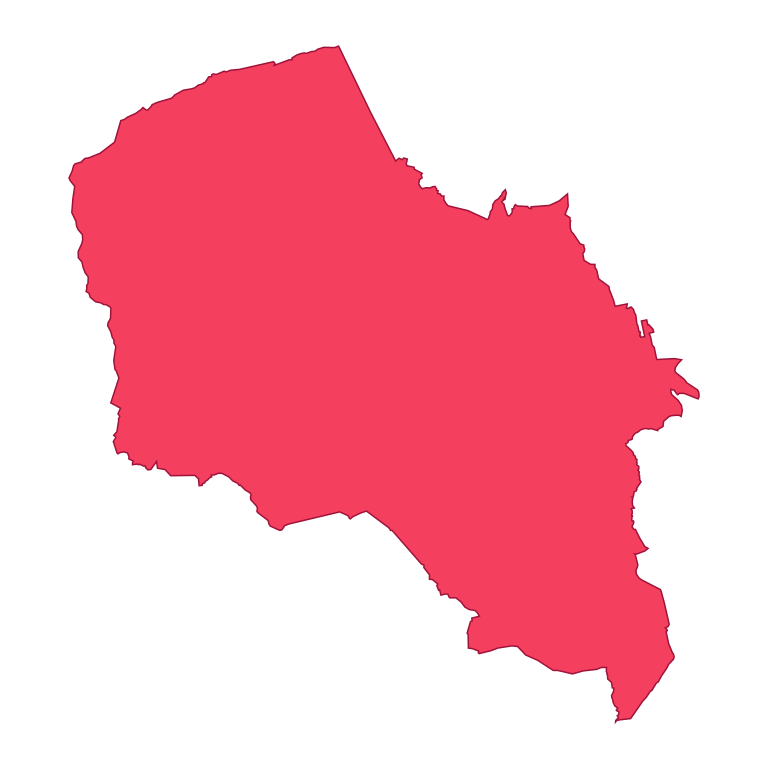 outline of Barsanesti, Bacau, Romania
{"feature_id": "2599482B96332922665264", "entity_name": "Barsanesti", "entity_type": "district", "adm_level": 2, "iso_a3": "ROU", "parent_name": "Romania", "parent_adm1": "Bacau", "projection": "albers", "projection_center": [26.7, 46.331], "detail": "fine", "context": "isolated", "style": "filled", "palette": "rose", "viewbox_px": 768, "rotation_deg": 0, "n_neighbors": 0, "source": "geoboundaries", "source_scale": "gbopen_adm2", "svg_char_len": 6068}
<svg xmlns="http://www.w3.org/2000/svg" viewBox="0 0 768 768"><path d="M615.6,721.9L616.7,720.5L619.4,719.9L630.6,718.6L642.9,700.9L646.5,697.0L650.6,690.8L651.7,690.7L656.2,683.3L658.3,681.8L661.5,675.9L666.7,668.3L668.6,664.4L673.5,659.2L674.1,656.9L673.5,654.2L672.3,652.5L668.6,643.5L666.1,631.5L667.3,630.7L666.9,629.4L665.3,627.9L668.1,626.5L669.2,624.3L664.5,603.7L661.0,590.8L660.3,589.5L641.4,579.8L638.9,577.9L636.3,574.0L636.0,570.3L637.5,566.7L637.8,564.8L635.3,554.6L634.7,554.0L636.9,554.0L645.0,550.9L648.1,548.4L644.8,546.7L639.4,537.5L635.4,529.4L633.9,529.4L632.0,526.7L633.8,522.7L633.5,520.9L632.1,521.0L631.8,519.8L631.9,517.1L632.4,516.5L632.3,515.7L631.7,515.5L631.7,514.2L632.3,513.6L632.2,510.8L631.1,508.8L634.4,508.0L632.7,505.7L632.2,502.2L632.7,498.4L632.1,497.5L632.8,497.7L633.5,495.9L634.0,492.1L636.2,490.9L636.9,489.2L636.4,488.6L641.0,481.9L639.5,479.6L639.9,478.9L639.5,477.9L639.6,475.5L638.9,474.8L639.3,472.0L637.8,469.8L638.8,469.1L638.8,466.4L636.6,464.7L637.1,463.1L636.7,461.6L637.0,459.5L635.7,458.7L635.3,456.3L633.2,454.3L633.4,453.1L631.7,450.8L626.0,445.6L625.8,443.7L628.0,442.5L628.3,440.5L632.0,439.4L632.7,436.2L635.3,433.2L638.0,432.0L640.7,429.8L644.9,428.4L649.4,429.1L650.9,428.5L657.7,430.6L657.8,429.5L663.0,426.5L663.6,421.3L669.0,416.6L671.5,415.7L676.8,415.2L679.4,415.4L681.1,416.5L682.3,410.6L681.4,405.3L678.1,400.3L671.9,394.8L670.9,391.9L670.8,389.3L674.2,390.3L677.2,394.5L678.0,394.6L679.3,393.3L684.1,393.4L698.1,398.9L699.0,396.9L699.0,394.0L698.5,391.7L697.5,389.9L686.9,382.9L683.9,379.0L676.0,372.8L674.8,370.9L675.5,367.3L677.7,363.9L681.6,359.8L674.6,358.6L656.7,359.5L654.2,347.3L652.2,345.0L650.7,337.3L649.2,333.3L653.7,332.1L653.0,329.2L648.8,324.7L647.9,325.0L646.7,319.9L641.4,321.0L644.7,336.6L640.8,337.3L640.6,335.9L639.8,336.0L639.8,334.1L640.4,333.8L640.0,331.7L639.2,331.8L638.9,331.0L637.7,325.4L636.9,324.0L635.8,315.1L634.3,312.3L633.4,309.3L631.1,307.0L629.3,307.6L629.0,308.4L626.4,308.3L627.3,303.9L615.1,306.3L613.7,300.7L609.4,289.5L608.9,286.5L598.7,278.9L596.8,270.5L594.5,266.4L595.1,265.7L594.9,264.4L590.5,264.3L584.1,260.4L582.9,254.2L583.0,253.1L584.2,251.8L584.7,249.1L583.8,246.8L583.9,245.2L580.0,243.7L574.0,234.6L571.3,231.4L570.2,227.5L570.2,221.9L570.7,221.1L569.9,219.2L570.0,217.7L565.1,214.5L568.2,206.3L567.5,193.9L559.3,200.8L549.5,205.4L531.1,206.8L531.2,208.6L528.6,207.9L527.6,206.5L517.2,206.0L515.4,204.6L514.1,206.3L513.5,208.8L512.1,208.8L512.2,211.6L511.9,212.9L509.5,215.9L507.6,215.5L505.1,208.8L503.9,204.0L501.9,202.4L501.9,201.5L503.8,200.0L503.5,199.2L504.9,199.3L504.6,197.8L505.2,198.0L506.3,192.9L505.3,189.7L502.4,192.7L501.5,195.7L500.8,195.7L498.4,198.8L495.1,200.9L492.8,204.6L492.4,209.0L490.2,211.9L490.1,213.7L488.4,218.5L487.5,219.6L468.2,210.7L448.1,205.8L445.9,203.3L443.9,199.8L443.9,196.0L441.7,196.1L440.1,193.8L437.6,193.4L438.1,190.7L436.5,190.4L436.7,189.1L435.1,186.4L432.4,186.8L430.3,187.9L426.0,187.7L422.4,188.7L420.5,187.0L418.6,183.6L419.4,181.3L419.2,179.8L422.1,177.9L421.2,174.8L422.2,173.4L414.5,169.3L414.1,167.3L406.9,165.7L406.3,163.7L407.3,159.0L403.7,158.0L402.3,159.7L399.1,158.2L395.6,161.0L370.3,111.8L338.6,46.1L334.5,47.6L323.8,47.3L317.8,49.2L314.9,51.2L311.3,51.6L306.5,53.4L304.2,52.9L300.8,53.6L297.0,54.9L292.0,57.9L291.9,59.8L289.2,59.8L274.2,65.4L275.0,63.3L273.5,61.7L239.4,69.4L230.7,70.2L226.2,71.9L224.1,71.2L216.3,74.5L213.1,73.9L211.8,74.7L211.5,76.6L208.8,76.8L205.0,82.5L203.3,82.9L202.8,83.8L198.3,85.1L194.8,87.8L191.7,88.8L183.4,90.2L174.9,94.8L171.8,98.1L157.5,102.3L152.2,104.6L150.8,106.9L147.6,110.0L146.1,110.0L142.9,107.5L141.2,109.5L135.2,113.7L127.7,117.0L124.5,119.4L120.8,120.6L114.6,142.1L100.0,153.3L88.6,157.9L85.0,158.4L80.9,162.2L75.2,163.8L73.6,165.6L72.2,170.9L69.0,178.0L70.2,180.6L74.7,186.3L72.9,198.6L71.8,212.6L76.0,221.4L76.6,226.2L78.1,229.6L82.4,234.7L82.7,239.7L81.9,243.3L78.2,251.5L78.3,257.7L81.9,262.0L83.2,267.6L85.2,272.9L88.2,276.8L88.0,283.3L86.7,285.5L86.8,288.3L86.1,291.5L88.9,293.1L90.3,297.4L95.6,301.8L101.0,302.9L103.8,304.6L106.0,304.6L110.0,306.9L110.9,308.6L110.5,318.4L108.0,322.9L107.7,325.7L110.8,331.8L112.3,337.5L113.9,339.7L113.9,343.0L115.8,346.5L113.8,360.0L113.9,361.8L115.0,369.5L116.3,371.0L118.9,378.0L110.8,402.9L120.5,408.2L118.0,413.8L119.8,416.3L118.5,418.9L118.7,420.3L116.9,431.7L113.7,435.3L115.7,436.8L115.7,437.7L113.3,441.6L117.0,452.9L118.0,453.8L119.9,452.6L123.7,451.9L127.5,452.9L129.0,456.8L128.8,458.9L133.3,461.1L132.5,462.9L132.5,464.7L137.0,464.1L139.0,464.7L139.6,464.1L143.5,466.1L144.9,465.8L145.4,466.2L145.5,467.5L147.8,469.9L150.8,469.5L156.6,461.5L157.5,468.2L165.1,469.6L170.7,475.7L194.8,475.4L198.5,478.8L199.1,485.7L202.2,485.4L202.2,483.8L204.8,482.8L205.2,481.4L207.8,479.8L209.5,477.8L211.7,476.8L211.3,475.0L214.3,474.9L218.3,473.3L221.9,473.3L228.7,476.8L232.8,480.9L237.6,483.3L239.2,485.4L240.1,484.9L245.1,489.9L250.2,493.0L251.2,494.9L250.5,496.5L250.7,499.6L256.7,506.2L257.4,508.3L256.9,511.3L257.6,512.5L268.1,520.5L268.9,523.9L270.3,526.1L279.8,530.4L281.9,529.8L284.9,525.5L289.6,523.8L339.7,511.9L348.0,515.6L349.5,518.4L350.3,518.9L352.9,516.7L361.1,512.8L366.5,511.1L388.9,527.8L390.6,530.4L392.2,530.5L421.2,563.8L424.0,565.2L423.9,567.6L429.5,574.9L429.4,579.2L432.4,579.6L437.7,583.9L436.8,585.7L438.6,590.3L439.6,589.9L440.9,595.1L446.0,593.9L448.0,594.4L448.9,596.8L450.0,597.9L455.8,597.8L461.1,602.0L464.9,607.1L469.4,609.6L474.8,610.4L477.3,612.7L479.4,616.2L471.8,618.1L472.1,621.0L470.5,621.5L467.1,633.2L468.1,634.3L468.4,648.1L472.6,648.7L478.8,651.2L478.3,652.9L479.2,653.6L490.9,650.7L498.1,648.0L511.8,645.9L517.6,646.5L525.7,655.0L537.5,660.2L553.2,670.4L558.1,670.5L572.5,673.9L583.2,670.9L596.6,669.4L601.2,667.5L606.5,667.5L606.3,671.5L607.0,672.6L606.9,674.2L607.5,675.4L607.7,679.0L611.5,682.4L612.3,687.9L613.9,688.2L613.6,691.3L611.6,695.4L611.8,697.5L613.0,700.6L613.0,702.1L614.8,705.9L617.6,708.0L616.3,710.1L616.5,710.6L618.8,711.8L618.8,714.3L617.2,715.8L618.5,717.8L615.7,720.4L615.6,721.9Z" fill="#f43f5e" stroke="#9f1239" stroke-width="1.5"/></svg>